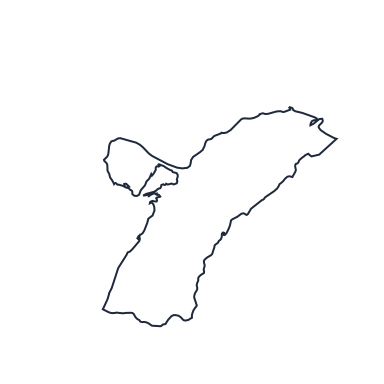 the State of Falcón, rotated 317°
{"feature_id": "VEN-23", "entity_name": "Falcón", "entity_type": "State", "adm_level": 1, "iso_a3": "VEN", "parent_name": "Venezuela", "parent_adm1": "", "projection": "albers", "projection_center": [-69.856, 11.252], "detail": "fine", "context": "isolated", "style": "outline", "palette": "slate", "viewbox_px": 384, "rotation_deg": 317, "n_neighbors": 0, "source": "natural_earth", "source_scale": "10m", "svg_char_len": 5534}
<svg xmlns="http://www.w3.org/2000/svg" viewBox="0 0 384 384"><g transform="rotate(317 192 192)"><path d="M46.8,217.0L56.9,212.9L61.2,210.4L62.1,209.6L67.8,207.5L86.2,197.3L101.1,193.4L103.8,192.3L105.8,193.2L109.1,193.2L120.1,191.9L121.8,190.8L123.4,188.4L122.4,188.7L121.7,189.3L121.1,190.1L120.7,191.0L120.5,188.6L122.8,187.8L127.8,188.5L130.9,187.6L138.2,184.1L141.7,181.8L143.5,181.9L147.1,182.3L152.0,179.9L154.0,177.5L155.3,174.8L155.4,173.0L155.2,172.3L154.5,171.7L153.5,171.5L154.4,170.8L155.7,171.0L157.1,171.6L157.8,172.8L158.7,173.9L159.7,174.8L160.7,174.3L161.2,173.4L161.6,172.1L162.5,172.1L163.6,172.7L164.5,173.1L165.2,173.7L165.7,173.7L165.8,172.7L165.8,171.8L165.7,171.2L165.3,170.8L164.5,170.5L164.6,170.0L164.7,169.7L165.2,169.1L163.8,168.6L164.0,167.3L159.9,165.9L157.7,165.7L157.4,165.5L157.8,164.9L158.5,164.9L160.0,164.9L159.2,164.1L158.1,163.7L156.8,163.3L155.7,162.7L153.8,161.3L157.4,162.2L160.1,163.7L162.6,165.0L164.3,165.9L165.1,166.1L166.8,166.6L168.4,166.4L170.1,166.9L171.5,167.6L173.3,166.9L174.3,166.0L176.2,166.7L176.7,168.2L177.5,168.6L178.7,168.3L179.4,170.0L180.9,170.9L182.8,171.9L183.9,174.1L186.8,175.2L188.7,174.1L189.2,172.7L192.0,171.0L193.2,169.8L193.6,167.6L191.5,164.3L191.9,162.4L191.1,161.3L189.6,156.7L189.0,153.8L186.7,149.1L186.1,149.1L185.8,150.9L185.0,150.7L184.2,149.7L183.5,149.1L182.2,149.4L181.4,150.1L180.9,150.8L180.5,151.1L176.0,152.5L173.9,152.7L174.4,151.1L170.5,152.8L169.4,153.1L166.6,153.2L165.2,153.5L164.2,154.1L162.1,155.1L156.0,155.7L151.4,157.9L149.0,157.3L147.3,155.5L146.9,153.1L147.3,152.4L148.5,151.1L148.8,150.4L148.9,149.7L148.7,149.3L148.5,148.9L148.3,148.4L148.3,145.8L148.1,145.6L147.2,144.4L147.0,143.8L147.5,144.1L149.0,144.8L149.6,145.1L149.6,142.4L149.4,141.2L148.9,140.4L147.8,139.9L147.4,140.6L147.0,141.7L146.3,142.4L145.8,140.7L143.7,137.1L143.3,136.5L142.8,136.2L142.5,135.8L142.4,133.8L142.1,133.2L141.5,132.9L140.4,133.1L140.9,131.7L141.7,128.2L141.8,126.7L142.2,125.2L143.9,122.1L144.3,120.1L144.9,118.6L147.9,115.2L148.9,113.8L149.2,112.2L149.1,109.3L149.6,108.4L153.8,108.3L155.5,107.8L157.1,106.8L163.0,101.7L165.2,100.5L167.5,100.0L168.8,100.5L170.1,101.4L174.5,102.4L176.3,103.8L184.8,117.8L186.1,121.8L186.6,125.9L186.7,134.3L187.4,138.4L193.2,155.1L197.7,164.0L201.0,168.1L205.0,171.1L208.3,171.5L210.7,170.0L213.2,168.0L216.8,167.1L224.8,168.3L228.5,168.5L232.4,167.0L235.1,165.3L236.7,164.6L238.6,164.4L239.6,164.7L241.5,166.0L242.5,166.4L245.8,166.2L246.7,166.3L252.9,168.8L254.0,168.7L254.5,169.7L255.8,170.8L257.3,171.8L258.5,172.3L262.5,173.0L277.4,172.4L279.2,172.9L280.7,174.0L283.9,177.4L285.7,178.8L287.8,180.0L291.1,181.2L292.6,181.5L293.9,181.6L294.5,181.2L295.0,181.5L297.2,182.5L297.8,183.2L298.8,185.0L301.1,186.8L308.3,190.5L310.4,192.0L312.1,193.6L312.8,195.1L313.7,196.1L320.0,198.8L320.5,197.8L320.6,197.4L320.7,196.7L321.4,196.7L321.6,197.3L322.6,198.8L322.6,199.4L321.9,201.2L322.8,203.7L326.5,209.2L332.5,220.7L333.4,223.4L332.6,224.6L331.9,224.2L330.9,223.3L329.6,222.4L328.0,222.0L326.8,222.3L325.7,222.8L324.7,223.4L324.1,224.0L327.2,224.9L334.9,225.5L337.2,227.3L336.2,229.2L334.6,229.9L330.3,230.0L328.9,230.8L328.4,232.7L328.4,234.9L329.7,240.9L332.7,249.4L334.0,251.7L310.5,251.4L303.7,247.5L303.2,245.1L303.2,243.4L301.5,242.7L299.6,242.3L297.6,242.3L296.3,242.0L292.5,241.9L291.8,242.1L291.0,242.4L289.9,242.9L288.8,243.0L288.2,242.8L287.2,242.3L286.6,242.4L285.9,242.7L285.0,243.6L284.5,244.2L283.4,246.1L282.8,246.9L281.2,247.7L275.6,249.5L274.2,247.2L273.7,246.8L273.2,246.4L271.9,245.8L268.6,245.8L266.4,246.2L263.0,246.2L261.9,246.0L261.3,246.0L259.1,246.9L256.6,247.5L252.6,247.4L242.2,245.8L241.5,245.8L239.8,246.2L239.1,246.1L238.5,246.0L238.1,245.8L237.5,245.6L223.9,244.5L223.3,244.6L222.2,245.0L217.9,246.2L217.0,246.2L216.3,246.0L216.1,245.5L215.9,245.0L215.8,244.4L215.5,243.4L215.2,242.9L214.9,242.5L213.3,241.6L208.2,241.0L203.3,239.6L202.1,239.4L201.2,239.4L196.9,242.4L193.3,244.1L189.2,245.6L188.1,245.7L187.2,245.8L186.6,245.7L186.2,245.5L186.0,245.2L186.2,244.9L186.5,244.6L186.9,244.3L187.6,243.7L187.1,242.8L186.7,242.7L185.9,242.8L185.4,243.0L185.0,243.3L184.7,243.6L184.3,244.0L183.2,245.0L181.8,245.9L181.0,246.2L180.1,246.3L179.4,246.2L178.3,246.1L177.6,246.3L176.7,246.7L176.1,246.8L175.5,246.8L174.8,246.6L174.0,246.5L172.7,246.4L172.0,246.6L170.3,247.9L167.4,249.4L166.0,250.3L164.6,251.0L163.7,251.2L162.9,251.2L158.3,250.2L155.6,250.1L154.7,250.2L154.0,250.4L153.6,250.6L153.3,251.0L153.0,251.3L152.4,252.1L151.3,254.3L149.9,255.3L148.3,256.2L147.6,256.8L147.1,257.5L147.0,258.0L145.5,259.4L142.0,258.7L139.8,258.7L138.2,259.0L137.5,259.5L136.7,260.5L136.0,261.1L133.4,262.3L132.1,263.1L131.4,264.1L130.6,265.5L129.5,266.7L127.4,267.5L126.0,267.8L124.1,268.6L122.0,270.2L121.2,271.5L120.1,274.0L119.6,275.2L118.8,276.6L118.4,277.7L117.9,278.4L116.5,278.7L114.6,279.0L112.5,279.5L110.4,280.5L108.1,281.9L106.8,283.2L106.1,284.0L104.1,283.4L102.7,283.3L100.9,282.4L99.4,281.4L98.5,280.1L98.3,278.6L98.4,276.2L97.8,273.3L95.9,270.7L94.6,269.5L92.3,268.8L87.4,269.2L84.1,270.0L83.2,270.4L82.7,270.5L81.9,270.1L80.5,269.1L79.1,269.0L78.1,269.0L77.6,268.8L76.7,268.0L75.7,266.8L72.1,263.1L71.4,262.2L71.0,260.0L70.9,259.5L70.4,257.7L69.7,256.2L69.0,255.2L68.2,254.3L66.7,253.0L66.1,252.1L65.8,251.4L66.0,250.4L66.1,249.8L65.9,249.3L65.5,247.9L65.3,247.1L65.3,246.1L65.3,245.0L66.2,241.4L65.9,239.9L65.2,238.9L60.9,235.1L60.0,234.6L58.2,233.0L54.5,228.7L53.0,227.8L51.2,226.3L50.2,225.1L49.2,223.4L46.9,217.2L46.8,217.0Z" fill="none" stroke="#1e293b" stroke-width="2"/></g></svg>